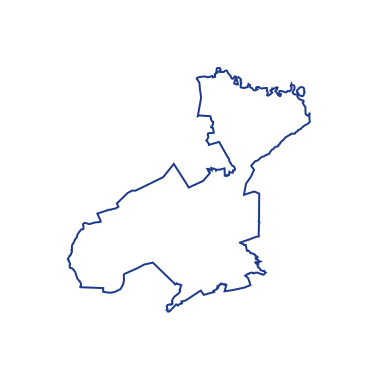 the district of Tlaltizapán de Zapata, Morelos, Mexico, rotated 250°
{"feature_id": "50627088B49217098257647", "entity_name": "Tlaltizapán de Zapata", "entity_type": "district", "adm_level": 2, "iso_a3": "MEX", "parent_name": "Mexico", "parent_adm1": "Morelos", "projection": "orthographic", "projection_center": [-99.108, 18.704], "detail": "fine", "context": "isolated", "style": "outline", "palette": "blue", "viewbox_px": 384, "rotation_deg": 250, "n_neighbors": 0, "source": "geoboundaries", "source_scale": "gbopen_adm2", "svg_char_len": 6015}
<svg xmlns="http://www.w3.org/2000/svg" viewBox="0 0 384 384"><g transform="rotate(250 192 192)"><path d="M206.9,117.5L203.3,117.8L202.9,115.9L202.7,113.7L203.2,111.4L203.1,109.4L203.6,108.7L203.7,108.0L204.1,95.7L195.9,96.3L195.2,95.7L196.5,90.6L197.0,84.3L198.8,82.1L199.6,80.7L199.5,79.2L198.7,78.4L196.4,78.2L194.3,77.2L194.7,75.0L192.2,71.1L190.7,69.4L189.0,68.5L187.5,66.0L185.0,63.6L183.4,61.4L181.9,60.5L178.8,59.5L178.6,58.8L177.3,58.9L176.5,58.5L175.8,57.6L174.3,56.4L174.0,55.2L173.6,55.2L172.6,53.5L171.4,52.4L170.9,52.7L170.6,52.4L169.2,52.8L168.8,52.6L168.5,52.8L165.8,52.8L164.9,51.9L164.0,51.7L163.7,51.4L162.5,51.5L162.0,51.9L161.3,53.2L160.1,53.9L156.7,54.9L150.0,54.6L145.6,56.2L143.4,56.2L141.9,55.5L141.4,54.7L140.7,54.5L132.1,75.7L128.7,74.4L126.8,77.6L125.1,81.3L124.5,85.1L125.1,91.0L125.6,92.1L127.2,94.0L129.9,96.6L130.6,96.7L132.4,98.0L136.6,99.2L138.1,100.2L139.1,115.0L140.2,122.3L139.0,131.1L112.2,144.1L110.0,144.7L111.1,144.5L111.2,145.4L111.0,146.1L111.3,146.4L110.6,146.7L108.7,149.7L108.1,150.1L107.4,149.2L105.4,148.1L105.1,147.6L104.2,146.8L103.4,147.2L102.1,146.2L101.3,144.9L99.7,139.6L97.5,136.7L96.9,136.2L95.8,136.1L95.8,135.8L94.9,135.5L93.6,135.5L93.2,134.3L93.4,133.4L93.8,133.5L94.0,133.1L94.2,130.4L93.6,129.4L90.5,128.8L89.9,128.0L89.5,128.9L88.9,128.8L88.1,128.3L87.4,129.8L91.8,138.7L91.3,139.4L90.2,139.8L90.7,141.2L91.0,143.3L90.6,144.1L90.8,144.6L91.2,144.6L92.7,144.6L92.2,148.9L96.1,165.0L96.3,166.6L91.3,167.9L90.5,178.6L91.7,178.4L92.3,182.3L94.5,183.6L93.4,184.1L95.1,185.5L95.7,186.9L95.2,187.4L96.0,188.0L95.6,189.0L95.0,189.4L94.3,190.4L94.1,191.4L93.5,190.9L92.8,192.4L87.6,188.7L86.0,196.1L84.3,208.3L84.5,215.0L88.5,215.3L92.0,215.2L95.1,213.4L95.8,216.0L95.6,216.0L95.6,217.2L95.9,217.5L96.0,218.0L96.0,220.1L95.8,220.7L95.2,221.0L95.1,221.8L94.3,222.4L94.4,224.3L93.8,226.0L92.7,227.4L92.0,227.8L90.7,229.8L89.9,230.5L89.8,231.0L91.0,233.5L91.2,233.2L93.1,233.0L93.3,231.9L95.2,229.7L97.9,229.2L99.0,228.3L101.3,228.5L101.2,229.5L102.8,230.0L103.2,227.6L104.3,227.6L103.1,232.2L103.2,232.6L104.1,231.3L105.4,230.8L107.3,229.0L108.2,229.3L107.8,230.7L108.1,231.3L108.9,231.3L110.6,229.6L111.0,229.9L112.1,229.4L113.4,228.1L114.5,226.1L116.3,225.7L117.6,224.9L117.8,223.7L119.8,223.7L123.8,224.4L124.4,222.8L125.4,222.5L127.6,219.9L128.0,219.8L127.9,228.9L127.6,229.5L127.8,229.7L127.9,232.6L127.9,237.1L127.4,239.6L132.2,241.2L132.3,241.4L139.4,244.1L140.3,245.0L141.7,244.6L142.5,245.3L167.5,254.6L171.2,250.6L171.6,239.9L181.3,245.6L186.2,252.5L191.6,257.9L196.3,256.6L197.1,257.6L198.4,260.4L199.1,261.3L199.3,262.3L199.1,264.3L201.1,269.5L200.9,271.8L201.3,273.6L201.6,277.9L202.6,278.7L204.4,281.5L204.5,282.7L205.7,285.4L205.9,286.4L205.5,288.7L206.8,289.6L207.4,291.5L208.4,292.0L210.0,296.3L211.0,297.7L211.5,299.0L211.7,300.9L212.1,301.9L212.2,304.0L212.7,304.5L212.7,305.5L211.7,308.8L212.8,310.3L213.1,312.2L213.9,313.0L213.9,315.1L215.7,319.3L216.2,321.6L216.3,323.7L217.5,326.6L222.3,327.9L225.5,329.4L225.6,329.2L224.5,328.1L224.3,327.0L224.6,326.4L225.2,326.0L226.8,325.5L232.9,327.6L235.4,326.9L238.0,326.6L238.3,326.8L238.7,327.8L239.2,328.0L239.9,327.7L241.6,325.5L242.7,324.7L243.8,324.0L245.9,323.7L246.9,324.7L246.6,325.4L244.3,328.3L244.6,329.7L247.3,332.0L247.8,331.6L250.4,332.6L251.5,332.5L252.0,332.3L252.9,331.3L253.4,329.1L251.5,325.4L251.1,325.0L250.1,324.9L248.8,325.7L248.1,325.6L247.9,324.3L248.4,322.0L250.0,320.7L250.9,320.6L251.8,321.0L253.3,323.1L254.6,324.0L256.3,324.4L257.1,324.4L258.6,322.4L259.5,322.4L258.0,321.2L257.6,321.0L255.9,321.4L254.4,320.4L253.2,318.2L254.2,316.6L253.4,314.4L256.6,310.2L256.9,308.6L254.7,307.6L253.7,309.0L252.2,308.2L252.0,307.5L252.3,306.9L254.2,305.9L256.0,305.7L258.3,304.8L259.4,307.0L260.1,307.1L260.7,308.1L261.4,307.6L261.3,305.0L260.8,302.4L261.4,302.4L260.7,301.8L260.8,300.9L260.5,300.3L257.9,301.4L256.8,298.2L256.6,296.3L257.1,295.7L259.2,297.1L260.0,297.3L261.4,296.9L264.0,298.0L264.7,296.3L265.5,292.6L266.8,291.2L267.6,290.9L268.0,290.3L268.4,289.2L268.3,288.4L267.9,287.8L267.3,287.6L266.1,288.5L265.9,286.2L266.1,285.5L266.8,284.6L269.1,283.9L270.4,282.5L272.7,283.1L273.3,282.8L273.6,281.9L273.9,281.8L272.5,280.6L271.7,280.5L271.5,279.8L271.9,278.3L271.7,277.0L273.6,273.6L275.1,274.0L277.7,275.6L277.9,275.2L280.1,275.7L280.1,276.2L281.6,276.4L283.1,275.6L284.0,274.9L283.9,272.6L277.4,272.1L277.8,270.8L279.0,269.2L279.6,268.8L280.4,269.2L284.2,272.3L285.6,272.6L286.0,271.7L284.6,269.5L284.5,268.9L284.9,268.3L285.9,268.0L287.3,268.1L288.4,267.6L289.8,267.3L290.7,266.7L294.3,266.1L294.5,265.8L294.5,264.2L293.9,262.8L294.7,260.6L295.1,260.2L295.3,258.7L295.8,258.6L296.5,259.4L296.1,259.8L296.8,260.7L298.3,260.8L299.2,260.3L299.5,259.7L299.7,257.8L299.5,257.5L296.7,256.0L296.7,256.6L295.4,256.3L295.1,253.9L292.3,253.1L292.6,250.8L294.0,250.9L294.4,245.9L295.6,244.7L296.0,243.4L296.5,242.8L297.5,238.0L297.5,236.3L297.3,235.4L296.7,235.2L295.1,235.8L293.4,235.9L293.1,236.2L291.3,236.1L284.9,234.3L283.1,234.1L277.5,232.8L261.3,223.4L261.4,225.1L257.0,235.1L254.9,235.1L254.2,234.8L251.7,234.9L250.8,235.9L248.4,234.9L247.4,233.8L246.6,232.1L246.1,232.2L245.0,233.6L240.3,232.8L240.8,230.1L241.6,227.9L241.4,226.9L240.1,226.2L239.2,226.5L238.4,226.3L236.0,224.3L235.5,223.1L231.1,224.5L230.5,224.1L229.8,234.6L211.7,237.6L210.8,238.1L208.1,237.7L203.1,238.8L201.9,240.0L199.5,240.4L199.0,240.4L198.4,239.8L198.0,239.7L197.7,239.2L198.3,238.1L197.8,237.7L196.2,237.0L197.2,234.7L198.2,234.1L195.2,232.5L195.2,231.2L196.0,230.9L196.0,230.6L195.5,230.3L195.2,229.6L195.5,229.2L196.2,229.0L196.3,228.4L203.0,230.7L203.7,225.1L204.0,224.0L204.6,222.9L204.0,222.0L204.7,222.0L206.1,221.1L206.5,220.2L206.5,219.7L207.1,219.1L207.3,219.2L208.0,218.4L205.7,217.9L206.2,217.5L206.7,216.6L208.0,215.7L208.4,214.5L207.1,215.0L206.6,214.4L204.7,215.4L204.4,215.4L204.3,214.9L203.4,215.0L198.6,206.1L197.3,190.4L200.9,189.8L224.6,184.5L215.8,170.0L212.8,141.7L212.6,139.2L213.8,136.2L213.1,131.1L206.9,117.5Z" fill="none" stroke="#1e3a8a" stroke-width="2"/></g></svg>